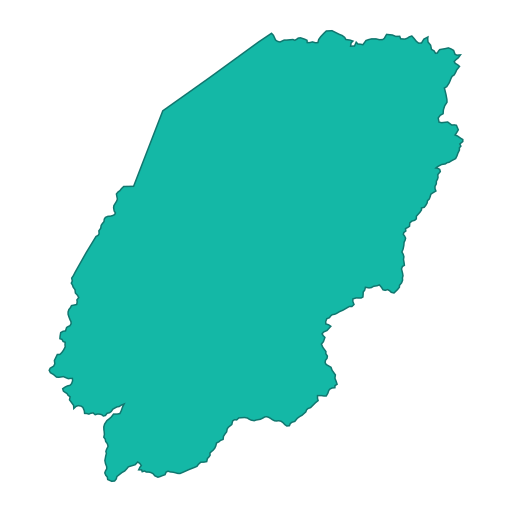 Independência, Ceará, Brazil (orthographic projection)
{"feature_id": "56859067B45229739408985", "entity_name": "Independência", "entity_type": "district", "adm_level": 2, "iso_a3": "BRA", "parent_name": "Brazil", "parent_adm1": "Ceará", "projection": "orthographic", "projection_center": [-40.325, -5.496], "detail": "fine", "context": "isolated", "style": "filled", "palette": "teal", "viewbox_px": 512, "rotation_deg": 0, "n_neighbors": 0, "source": "geoboundaries", "source_scale": "gbopen_adm2", "svg_char_len": 5951}
<svg xmlns="http://www.w3.org/2000/svg" viewBox="0 0 512 512"><path d="M371.5,38.9L368.6,39.6L366.0,40.5L362.9,44.7L360.4,44.2L358.0,44.1L356.2,42.2L354.5,46.0L350.6,46.2L351.1,42.9L352.9,41.1L350.0,40.1L345.8,39.5L344.7,37.4L342.2,35.5L339.4,34.4L332.0,30.7L326.3,31.0L323.8,33.4L320.7,36.7L318.7,39.5L317.9,42.6L315.5,42.8L312.5,41.9L309.8,42.6L307.2,42.6L307.0,40.3L304.7,39.2L300.5,37.8L298.2,38.1L296.6,39.3L294.9,40.3L292.9,39.5L286.4,40.1L284.1,40.1L280.0,42.0L277.6,41.4L275.6,40.1L273.4,35.3L271.5,33.3L258.8,41.8L209.6,77.6L162.8,110.8L133.6,186.3L123.7,186.5L121.4,188.7L120.0,190.6L118.1,191.9L116.4,194.0L117.4,199.1L116.6,201.2L113.9,205.6L113.6,207.8L114.2,211.0L115.4,212.9L114.6,214.6L112.8,215.5L110.5,216.2L108.0,216.3L105.4,217.4L104.3,219.1L104.0,221.6L102.4,223.5L101.2,225.3L100.7,228.3L98.9,230.8L99.1,233.7L98.2,235.3L96.0,236.5L86.2,252.6L75.3,271.9L73.4,275.6L71.7,278.1L72.3,281.1L71.3,283.1L72.5,285.1L73.1,287.0L75.0,289.7L75.4,293.0L77.6,295.4L78.7,297.6L76.9,299.9L77.2,301.9L76.7,304.5L71.5,305.6L70.4,307.7L68.9,309.5L68.1,311.9L68.1,314.3L68.9,316.8L70.1,319.9L71.0,321.7L71.1,323.7L70.0,325.7L68.2,326.5L66.6,327.5L65.5,330.9L63.0,331.3L60.7,332.6L60.1,336.1L59.9,338.7L62.0,339.4L63.1,341.5L65.2,342.3L65.0,344.4L65.2,346.9L63.6,350.0L62.0,352.3L60.0,354.4L57.3,354.5L54.4,360.5L54.8,363.8L53.7,366.1L50.2,368.2L49.2,370.3L50.4,372.7L53.5,374.5L56.5,377.1L58.7,377.3L63.4,376.6L66.4,377.9L68.4,378.7L70.3,378.4L72.4,378.4L72.6,380.8L71.6,383.6L70.1,385.3L67.5,385.9L65.2,387.0L62.7,388.7L63.4,391.1L64.9,392.2L67.1,393.6L68.0,395.2L70.1,396.8L69.5,399.8L73.6,405.4L73.8,408.5L76.0,406.4L78.2,405.6L81.1,406.1L82.9,407.4L84.3,410.8L84.6,413.4L86.8,413.5L88.9,414.1L90.6,413.3L93.1,412.9L95.2,414.7L97.5,414.0L99.5,414.1L101.6,414.6L103.4,416.0L105.4,415.5L107.1,413.3L109.6,412.7L111.2,411.5L112.9,409.1L116.9,406.9L119.3,406.5L121.3,405.1L124.1,404.0L122.7,406.6L121.1,411.1L119.8,413.6L117.0,414.1L113.5,414.1L111.4,416.9L109.5,418.6L106.9,420.6L104.6,424.1L103.8,426.9L103.9,429.7L104.2,431.6L104.4,434.5L103.8,437.2L105.2,439.1L105.7,441.5L107.3,443.6L108.1,446.3L106.6,449.3L105.9,451.4L106.4,453.4L105.7,456.1L104.9,460.5L105.5,463.6L106.7,466.7L106.7,468.9L105.5,470.9L104.8,472.9L105.8,475.3L107.3,477.0L107.7,479.5L111.7,481.3L114.6,481.0L116.3,478.9L116.9,476.5L122.0,472.5L124.7,471.0L126.5,469.1L128.4,466.8L135.2,464.7L137.7,462.0L139.9,463.5L141.3,465.6L140.0,467.1L138.7,469.8L141.6,469.9L142.2,471.7L144.6,471.0L146.2,472.0L149.1,472.1L151.0,472.6L153.1,473.7L154.8,475.8L157.9,477.2L160.0,476.6L162.4,475.6L165.0,474.7L166.2,472.0L168.1,471.2L170.2,471.9L173.1,472.2L175.6,472.8L177.7,473.4L180.0,473.5L183.1,472.2L188.9,469.6L194.5,467.4L197.0,466.3L198.4,464.3L200.8,462.2L204.0,462.1L206.7,461.6L207.4,458.5L209.0,456.9L210.1,455.2L209.9,453.1L211.4,451.6L213.0,450.3L214.7,448.3L215.8,445.9L216.5,443.0L218.9,441.8L220.5,440.4L223.1,439.4L223.5,436.3L225.2,433.7L226.6,431.9L227.2,428.9L228.3,427.3L231.8,424.5L232.6,421.0L234.5,419.7L236.7,419.9L238.8,417.9L244.5,417.5L247.4,418.0L249.0,419.1L251.1,420.1L254.2,420.7L256.2,420.0L260.3,419.3L262.8,418.1L264.8,416.9L266.8,416.7L268.8,417.4L270.7,418.5L272.4,419.7L274.6,420.8L276.5,421.0L278.6,420.7L281.0,421.2L283.3,422.9L284.7,424.5L286.8,426.0L289.4,425.7L290.3,423.5L292.1,422.2L294.8,421.4L297.3,418.3L299.9,416.4L302.0,415.3L305.8,411.9L306.6,409.8L308.0,408.5L310.6,407.6L315.5,402.7L318.1,400.6L317.5,398.3L317.5,395.6L321.6,395.6L324.1,396.0L326.2,396.0L327.8,393.3L328.8,390.4L330.0,389.0L332.1,388.0L334.9,387.7L335.0,385.6L337.1,384.3L336.2,381.5L334.9,378.2L335.4,374.9L332.1,370.3L331.0,367.3L326.2,364.5L325.1,362.6L325.5,360.2L327.0,358.4L327.4,356.1L325.8,353.6L325.9,351.5L324.4,349.5L322.8,347.3L321.4,344.1L323.4,341.7L324.9,337.4L323.2,335.7L322.1,333.8L323.6,332.0L327.0,330.5L330.8,326.3L328.6,324.8L325.8,323.9L325.7,321.5L326.8,318.7L329.4,317.7L330.7,315.9L332.2,314.7L334.8,314.2L336.6,313.4L339.6,311.6L342.9,310.2L349.3,306.5L351.9,306.5L354.0,304.5L352.8,301.4L352.9,298.9L356.2,297.9L359.0,298.0L361.1,298.0L362.9,297.0L363.1,294.6L363.2,292.1L364.7,290.1L365.4,287.3L369.0,287.9L371.3,287.6L373.6,286.3L377.3,285.7L379.4,284.9L381.5,287.4L383.0,289.8L385.2,290.3L387.7,289.6L389.7,290.8L391.2,292.3L394.0,293.0L397.5,289.6L399.4,287.2L399.5,285.3L401.6,282.8L402.6,280.1L402.4,277.9L403.0,275.8L402.6,273.4L401.5,268.9L402.4,266.5L404.4,265.3L404.1,263.0L403.5,259.4L403.9,256.8L403.2,254.3L401.9,252.0L403.1,249.0L403.8,245.6L404.1,242.2L405.1,240.2L405.6,238.2L404.6,236.1L403.3,234.4L403.8,232.5L405.8,231.0L405.5,228.6L407.7,227.5L409.5,226.3L409.8,222.8L412.1,221.0L414.7,220.3L416.3,218.9L416.4,216.2L419.9,212.3L421.5,209.9L421.5,208.0L424.2,207.3L425.8,205.3L427.1,203.0L427.5,200.7L429.2,199.1L430.2,196.6L430.8,194.3L432.4,193.1L435.9,191.0L435.0,188.6L435.0,186.3L436.3,183.9L436.4,181.1L437.4,179.4L438.0,177.5L437.8,174.6L440.3,171.6L439.7,169.4L438.0,168.4L435.9,168.0L437.6,166.6L441.6,164.5L445.3,163.9L447.1,162.7L449.0,162.3L451.8,160.6L455.6,158.6L457.0,155.8L457.9,153.2L459.4,150.1L459.4,147.8L460.9,146.1L459.8,144.0L462.8,141.5L462.8,139.5L460.9,138.4L457.5,136.0L455.1,135.0L456.8,132.4L458.3,129.8L456.4,125.3L454.3,124.9L451.7,125.0L447.7,122.0L441.6,122.7L439.0,122.1L438.2,118.0L440.2,115.3L443.1,113.7L443.4,109.9L444.7,105.8L447.0,102.2L446.9,99.5L446.0,94.6L444.4,88.0L446.7,86.7L449.1,83.0L450.2,80.5L450.9,78.6L452.1,76.3L454.2,74.9L455.7,72.2L456.7,69.9L459.5,66.4L457.8,64.9L455.2,63.3L454.2,61.6L455.8,59.8L458.3,57.8L460.4,54.9L456.8,55.2L455.0,54.2L453.6,50.4L451.2,49.0L448.4,47.9L445.4,48.6L439.7,49.6L438.3,51.3L437.4,53.0L435.5,53.3L434.1,50.9L431.5,49.4L430.6,45.2L428.0,42.0L427.7,38.8L427.9,37.0L423.9,39.1L421.5,43.0L418.7,43.2L416.4,41.4L414.0,38.4L411.8,36.0L409.2,36.9L407.5,38.1L404.9,39.1L400.7,38.8L399.7,36.3L395.7,36.4L392.4,35.0L386.6,34.4L384.2,38.5L382.6,39.6L379.3,39.7L376.1,38.9L371.5,38.9Z" fill="#14b8a6" stroke="#0f766e" stroke-width="1.5"/></svg>